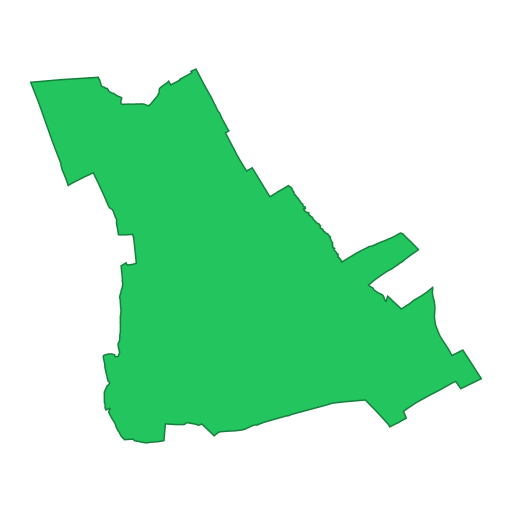 outline of Arsura, Vaslui, Romania
{"feature_id": "2599482B94287985096117", "entity_name": "Arsura", "entity_type": "district", "adm_level": 2, "iso_a3": "ROU", "parent_name": "Romania", "parent_adm1": "Vaslui", "projection": "natural_earth1", "projection_center": [28.045, 46.802], "detail": "fine", "context": "isolated", "style": "filled", "palette": "green", "viewbox_px": 512, "rotation_deg": 0, "n_neighbors": 0, "source": "geoboundaries", "source_scale": "gbopen_adm2", "svg_char_len": 6057}
<svg xmlns="http://www.w3.org/2000/svg" viewBox="0 0 512 512"><path d="M389.8,426.9L396.0,423.7L398.3,422.7L402.4,420.2L406.3,418.2L403.5,411.2L416.1,402.7L428.0,396.1L439.2,390.3L452.0,383.1L455.7,381.4L460.8,388.7L481.3,378.7L462.8,350.0L451.9,355.5L448.7,349.6L446.1,345.5L443.7,342.0L440.1,336.2L438.3,332.2L435.5,324.8L434.9,320.8L434.4,316.7L434.9,309.2L434.8,305.7L434.2,301.1L433.0,296.9L432.6,294.6L432.4,292.8L432.7,287.9L432.6,287.4L426.8,292.2L421.8,295.6L413.9,300.2L409.7,303.6L401.4,309.0L387.7,296.2L386.1,301.4L385.7,301.3L384.4,299.1L383.6,296.4L382.4,294.8L378.5,293.0L374.2,290.2L372.7,287.8L370.7,286.8L368.9,285.6L368.5,285.1L374.3,280.2L379.1,276.7L387.2,271.2L390.4,269.5L391.1,269.4L395.7,266.0L397.3,265.1L400.7,262.6L402.5,261.6L404.5,259.9L405.3,259.0L406.2,258.5L409.6,255.9L418.4,249.8L418.2,249.3L410.5,241.4L406.6,237.8L402.9,233.9L402.0,233.5L400.4,233.0L399.4,233.6L394.4,236.4L391.2,237.9L384.9,240.6L382.3,241.6L381.0,242.0L379.6,242.7L371.6,246.2L371.2,246.3L370.0,246.3L368.9,246.7L366.5,248.0L361.2,250.6L356.0,253.4L341.8,262.1L341.5,261.5L341.5,261.1L341.4,260.9L341.2,260.9L341.0,260.4L340.8,259.8L340.0,258.8L339.4,258.3L338.9,257.4L338.1,257.4L337.9,257.2L338.0,257.0L337.9,256.4L338.1,255.6L337.9,255.2L337.5,254.9L338.0,254.2L337.5,253.9L336.9,253.6L336.3,252.3L335.5,251.6L334.8,250.5L334.0,249.9L334.0,248.8L334.6,248.4L334.3,248.1L332.6,247.4L332.7,246.3L332.9,245.9L332.5,245.5L332.5,244.3L332.7,243.7L332.5,242.5L331.3,241.1L331.0,240.2L331.0,239.9L330.8,239.4L330.4,238.8L330.2,237.9L330.4,237.6L330.3,237.3L329.7,236.8L329.6,236.5L329.8,236.4L328.8,235.5L328.6,235.0L328.0,234.5L328.0,234.1L327.6,233.8L326.8,233.4L325.7,233.2L325.0,232.0L323.8,231.5L323.5,231.1L323.4,230.5L323.1,229.9L322.8,229.4L322.2,228.9L321.4,228.6L320.6,228.2L320.2,227.6L320.5,226.1L320.1,225.5L319.5,225.2L319.5,224.8L319.1,224.0L317.1,223.3L316.8,222.9L316.7,222.6L316.5,222.3L315.9,222.1L315.5,221.5L314.1,220.2L312.8,218.5L312.8,218.2L312.2,217.2L310.9,216.4L310.2,215.6L308.8,215.0L308.9,212.9L308.6,212.6L308.0,212.4L306.4,212.6L306.4,212.3L305.0,211.1L304.2,210.1L303.7,209.5L303.6,209.0L303.9,208.8L304.8,208.8L305.4,208.6L305.3,207.4L305.0,206.9L304.3,206.7L303.9,206.8L303.1,206.1L302.9,205.8L302.9,204.5L302.8,204.3L302.4,203.8L301.4,203.3L300.9,202.6L300.5,201.7L299.3,200.2L298.2,198.4L297.3,197.6L296.0,195.9L295.6,195.5L294.7,194.3L294.2,193.8L294.1,193.1L293.7,192.1L293.7,191.6L293.2,191.2L292.7,190.4L292.0,188.6L290.7,187.0L290.2,187.1L289.7,186.8L288.9,185.8L288.5,185.6L281.2,189.9L277.7,191.8L276.4,192.9L274.7,193.8L272.0,195.6L269.8,196.6L252.2,167.8L246.7,171.0L245.1,168.7L241.3,162.5L238.4,157.5L236.6,154.3L234.5,150.0L232.2,145.8L228.4,138.5L225.6,133.3L225.4,132.9L225.6,132.8L228.9,130.9L227.8,129.3L221.6,117.8L219.3,112.4L218.5,111.8L217.9,111.0L216.7,108.6L215.7,106.1L214.5,104.0L210.8,96.4L209.7,94.6L203.5,83.5L196.0,69.1L191.0,71.3L191.8,72.8L179.9,79.3L180.2,79.9L170.8,84.9L168.9,81.7L168.7,81.2L168.5,81.4L167.6,82.4L161.9,86.4L160.0,88.0L159.5,88.7L159.2,90.0L159.2,92.5L157.5,95.8L156.9,96.6L154.9,98.9L150.8,104.0L148.5,105.8L147.9,105.5L147.1,105.4L146.3,105.1L144.4,104.2L143.0,104.0L141.1,103.9L137.5,104.1L136.6,103.9L134.2,104.2L128.0,104.1L126.6,104.2L122.7,104.3L121.6,104.1L121.0,103.6L120.7,103.2L120.9,102.2L120.9,100.5L121.2,99.7L121.7,98.6L121.5,97.6L117.1,95.8L116.0,95.0L114.5,94.1L113.4,93.2L112.8,93.4L110.2,92.2L108.9,91.1L107.3,88.5L106.7,88.2L106.2,88.4L105.6,88.4L104.6,87.4L104.2,87.1L102.9,86.9L101.6,86.1L101.2,85.5L100.7,83.4L99.7,80.2L99.5,79.7L99.1,79.3L98.6,78.4L98.4,77.3L61.8,79.6L30.7,82.3L31.7,84.9L38.2,101.3L52.4,141.4L57.3,154.3L60.8,163.2L61.1,164.9L61.0,165.7L61.6,167.4L61.8,168.5L62.3,170.1L63.9,173.8L66.4,180.1L67.8,184.1L68.0,185.2L68.2,185.5L72.0,183.2L84.0,177.1L93.3,172.8L99.4,185.5L104.2,196.0L108.3,205.6L109.7,207.9L111.7,209.1L112.4,209.7L113.6,211.9L114.3,214.3L115.6,217.6L116.3,218.7L116.6,219.3L116.5,223.0L116.6,224.1L117.3,227.4L118.5,234.7L120.2,234.9L123.3,234.8L125.1,234.9L132.5,234.4L133.7,237.8L136.1,260.7L136.2,263.3L133.6,264.1L131.1,264.6L128.7,264.9L127.0,264.9L126.5,264.0L126.2,262.9L124.9,263.5L121.1,265.9L121.3,268.2L121.5,269.4L121.5,270.3L122.0,274.1L122.4,279.4L122.2,280.8L122.3,281.3L122.6,281.8L122.7,283.5L122.7,285.1L121.9,288.5L121.4,289.8L121.0,291.4L120.9,292.6L120.0,295.2L119.7,296.8L119.7,298.0L120.0,298.9L120.2,299.3L120.6,307.4L120.8,308.7L121.0,309.6L120.8,313.4L120.3,316.4L120.4,321.4L120.4,322.2L120.2,322.6L120.4,323.3L120.4,329.1L120.3,332.4L119.8,335.5L119.8,337.7L119.7,340.0L119.3,341.0L119.0,342.2L118.3,343.2L118.0,344.2L118.4,347.2L119.2,350.9L119.6,351.6L119.7,352.2L118.7,354.8L118.3,356.4L117.7,356.5L115.5,356.7L115.0,356.5L114.6,354.7L113.9,354.7L112.4,354.1L111.6,353.9L109.6,354.2L108.9,353.9L108.2,354.0L107.7,354.3L106.9,354.5L105.9,354.6L103.9,355.3L103.4,355.7L103.3,357.4L104.8,364.3L104.9,366.9L105.4,369.7L106.3,373.5L106.5,374.9L106.8,375.6L107.1,376.5L107.3,378.5L108.2,381.2L108.7,381.7L109.4,382.3L109.6,382.8L109.5,383.5L108.2,385.0L107.1,386.1L104.5,391.6L104.3,392.6L104.4,394.6L104.3,396.1L104.4,397.6L104.4,402.5L104.7,403.6L105.2,404.4L105.1,405.1L105.2,406.2L105.0,407.3L105.1,407.9L105.6,409.3L106.1,410.0L109.7,408.3L110.1,408.6L108.7,411.9L109.1,413.1L111.8,418.3L114.7,422.8L115.7,425.3L116.1,426.7L117.8,430.4L119.4,432.6L120.1,434.2L121.4,436.5L123.3,438.4L124.1,439.0L124.3,439.7L133.2,439.1L133.5,439.7L134.6,440.7L138.9,441.5L142.5,442.4L147.1,442.9L149.8,442.3L157.8,441.7L163.9,440.7L165.4,423.9L176.5,424.6L183.4,424.6L184.9,424.2L185.7,423.3L186.2,423.0L187.4,422.8L188.4,422.8L189.7,423.2L191.9,423.5L196.5,424.4L198.4,425.3L201.8,424.0L214.2,435.8L218.2,432.5L220.0,431.8L227.2,431.2L235.2,430.8L241.9,430.0L245.7,429.0L246.4,428.3L249.0,427.4L249.6,426.9L252.7,425.6L254.9,424.9L257.4,425.1L258.4,424.4L263.5,422.5L271.2,420.2L286.7,415.8L287.5,415.9L289.5,415.4L291.3,414.5L327.2,404.8L332.2,403.2L345.3,401.7L365.3,400.0L376.0,410.9L384.2,419.8L388.6,424.6L389.2,425.9L389.8,426.9Z" fill="#22c55e" stroke="#15803d" stroke-width="1.5"/></svg>